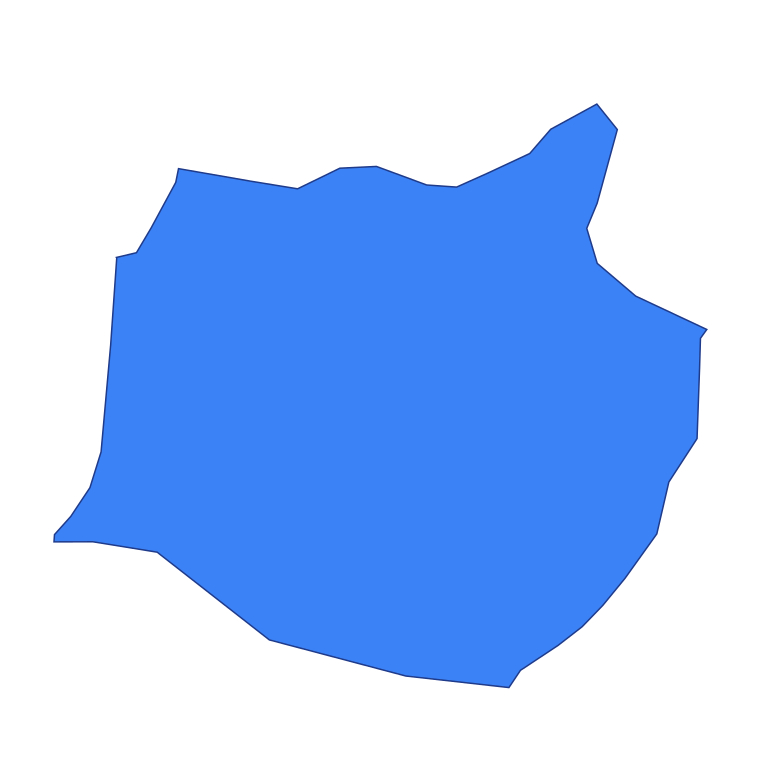 outline of Strängnäs, Södermanland, Sweden, rotated 94°
{"feature_id": "70781695B8890772854641", "entity_name": "Strängnäs", "entity_type": "district", "adm_level": 2, "iso_a3": "SWE", "parent_name": "Sweden", "parent_adm1": "Södermanland", "projection": "mercator", "projection_center": [17.047, 59.38], "detail": "fine", "context": "isolated", "style": "filled", "palette": "blue", "viewbox_px": 768, "rotation_deg": 94, "n_neighbors": 0, "source": "geoboundaries", "source_scale": "gbopen_adm2", "svg_char_len": 703}
<svg xmlns="http://www.w3.org/2000/svg" viewBox="0 0 768 768"><g transform="rotate(94 384 384)"><path d="M307.1,65.8L278.8,139.0L248.8,179.7L214.6,192.6L188.9,184.0L113.9,169.0L89.9,191.2L118.2,235.4L143.9,254.7L165.3,293.2L182.5,325.3L182.5,355.3L167.5,406.7L171.8,443.1L195.3,483.8L191.0,530.9L183.5,604.0L197.4,605.8L244.6,627.2L270.3,640.1L276.4,659.7L276.7,659.4L364.5,659.4L471.5,661.5L507.9,670.1L537.9,687.2L557.2,702.2L564.5,702.2L561.7,663.5L567.6,598.5L570.3,594.6L647.3,480.5L673.8,341.8L678.1,238.2L660.1,227.9L632.6,192.1L612.3,169.4L589.6,150.3L561.0,130.0L514.5,101.4L461.9,93.0L416.6,67.9L346.2,70.3L316.3,71.5L307.1,65.8Z" fill="#3b82f6" stroke="#1e3a8a" stroke-width="1.5"/></g></svg>